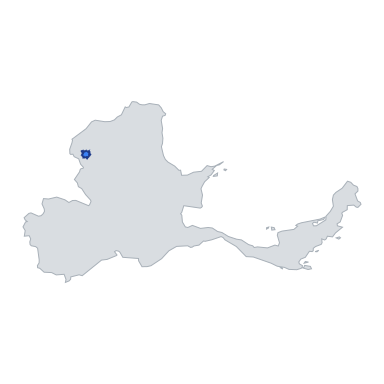 location of Ban Dung, Udon Thani, Thailand, rotated 270°
{"feature_id": "78962969B17101559907344", "entity_name": "Ban Dung", "entity_type": "district", "adm_level": 2, "iso_a3": "THA", "parent_name": "Thailand", "parent_adm1": "Udon Thani", "projection": "albers", "projection_center": [103.231, 17.709], "detail": "fine", "context": "in_parent", "style": "filled", "palette": "blue", "viewbox_px": 384, "rotation_deg": 270, "n_neighbors": 0, "source": "geoboundaries", "source_scale": "gbopen_adm2", "svg_char_len": 6200}
<svg xmlns="http://www.w3.org/2000/svg" viewBox="0 0 384 384"><g transform="rotate(270 192 192)"><path d="M162.1,25.6L162.4,27.2L164.2,25.1L166.3,24.1L170.6,28.9L171.1,31.0L167.8,38.5L168.3,41.1L170.3,43.2L172.7,44.5L175.2,44.2L180.1,42.0L185.4,43.5L185.0,48.6L186.9,56.7L184.2,64.9L181.5,68.9L183.5,72.5L183.6,75.8L178.3,88.6L179.3,89.6L182.5,91.0L183.9,90.6L189.4,85.6L195.4,81.7L197.3,78.4L201.1,77.4L204.5,74.4L212.2,79.6L214.3,80.1L215.3,81.0L215.7,83.1L216.6,83.5L219.8,80.6L225.2,78.7L227.3,74.2L229.8,72.9L229.6,70.7L230.3,69.9L234.7,69.7L241.3,72.0L243.7,72.5L244.8,72.0L255.3,86.1L262.1,91.5L263.8,95.2L262.3,104.8L262.5,110.2L264.1,114.4L267.0,117.3L269.2,121.4L277.1,125.2L276.5,126.3L277.0,128.9L282.0,131.8L282.4,132.8L281.9,136.6L279.7,139.6L279.2,142.0L279.2,145.0L280.5,149.4L279.1,158.7L276.1,161.3L272.3,163.2L270.2,165.7L268.6,165.1L267.8,162.5L263.6,161.2L255.4,162.6L251.3,162.0L245.8,162.9L240.5,162.5L237.3,161.4L228.4,163.5L224.6,165.3L221.9,168.0L217.9,174.7L213.7,178.9L213.8,180.6L208.7,181.6L208.9,187.4L211.8,193.6L212.7,201.5L218.4,207.1L217.3,211.0L217.9,214.8L222.4,223.6L219.2,219.4L218.5,216.6L214.7,212.2L213.5,214.3L209.1,211.1L207.2,207.8L206.5,209.2L202.2,204.6L197.7,202.1L195.2,201.0L188.9,202.5L181.0,201.2L177.9,202.4L176.6,201.6L175.9,200.2L178.3,183.8L171.5,181.7L170.3,180.6L168.8,181.8L162.0,182.4L157.1,185.3L156.5,187.8L158.6,192.4L155.6,200.5L156.5,208.1L156.0,212.3L152.5,217.6L151.5,221.9L147.5,228.4L144.8,236.6L144.1,241.4L139.4,248.6L138.2,252.7L136.5,254.2L137.1,257.5L136.1,267.5L138.9,274.9L138.0,278.2L141.2,279.5L148.8,277.3L151.4,278.0L152.9,282.0L154.6,293.9L157.8,297.6L158.6,295.8L160.0,297.7L161.2,301.3L164.9,320.0L166.9,324.9L164.5,323.7L163.2,317.8L161.0,317.5L161.8,313.8L160.5,312.5L158.2,313.5L158.2,316.4L164.1,325.8L167.9,326.1L172.6,330.3L177.8,333.4L184.4,332.4L188.9,333.4L191.6,335.9L195.8,342.2L202.8,347.5L201.7,350.8L198.9,353.4L197.5,356.9L195.5,357.9L192.9,357.9L190.1,355.0L183.1,357.6L181.5,360.3L179.7,361.0L176.6,357.9L176.9,356.2L178.9,353.8L178.4,347.3L174.3,347.2L171.6,342.3L170.7,341.8L168.6,342.6L162.1,340.2L160.2,337.1L158.2,337.4L156.8,342.5L151.1,335.5L147.1,332.5L147.8,327.4L145.1,326.2L144.0,324.7L145.1,321.7L141.3,322.1L139.6,321.2L137.5,315.6L135.7,313.3L133.2,313.2L132.4,312.1L132.7,309.4L126.7,305.3L124.9,300.8L122.1,298.8L120.2,299.3L118.3,302.5L117.0,302.2L115.7,301.3L114.3,296.8L114.6,289.0L116.6,284.5L117.8,277.2L120.8,271.1L127.0,253.3L127.4,246.2L137.5,236.3L144.2,224.9L146.4,223.2L147.4,221.1L144.2,211.7L142.7,205.2L143.0,203.5L138.9,199.0L138.0,193.9L136.9,192.3L136.6,190.6L138.2,187.7L137.6,176.6L133.2,168.9L125.3,161.6L118.3,151.0L117.4,147.2L117.3,142.0L123.2,138.6L125.5,138.5L126.7,122.8L131.8,119.9L132.8,118.7L133.4,116.1L132.3,114.5L129.0,117.0L128.4,116.4L124.6,107.1L123.9,101.5L108.3,82.2L109.2,79.1L107.1,70.8L104.7,70.6L103.1,69.1L101.6,65.4L104.6,66.0L109.7,64.1L109.1,56.2L111.4,51.7L111.8,44.1L115.7,39.8L116.3,37.6L118.4,37.4L121.1,39.1L124.0,39.2L135.8,37.6L137.4,35.6L138.2,31.4L139.4,30.1L142.1,29.8L145.1,30.7L148.3,29.2L147.8,24.3L153.4,25.2L157.1,23.0L162.1,25.6ZM118.6,304.6L117.6,310.4L115.2,311.5L114.5,308.1L116.1,302.7L116.7,303.9L118.6,304.6ZM156.9,271.3L156.4,274.1L154.3,275.0L153.9,271.8L156.9,271.3ZM208.5,213.6L211.0,217.6L208.1,217.3L207.6,213.3L208.5,213.6ZM146.2,340.5L144.9,338.8L146.1,336.2L147.1,339.4L146.2,340.5ZM122.5,305.3L121.9,308.5L120.8,304.1L122.5,305.3ZM157.0,268.8L155.9,268.4L154.9,266.5L156.3,266.6L157.0,268.8ZM132.4,315.1L133.7,318.8L132.2,317.0L132.4,315.1ZM215.0,224.2L214.6,226.6L213.3,225.6L214.1,223.9L215.0,224.2ZM116.4,281.9L114.9,282.8L116.2,280.6L116.4,281.9Z" fill="#d9dde1" stroke="#a8b0b8" stroke-width="1"/><path d="M233.0,81.5L232.8,81.5L232.7,81.5L232.7,82.0L232.6,82.3L232.4,82.2L232.2,82.2L232.3,82.4L232.1,82.5L231.9,82.6L231.6,82.8L231.5,82.7L231.5,83.0L231.3,83.3L231.2,83.4L230.9,83.3L230.7,83.2L230.7,83.3L230.4,83.2L229.9,82.8L229.9,82.6L229.9,82.4L229.7,82.3L229.6,82.1L229.3,81.9L229.3,82.0L229.1,82.1L228.9,82.2L228.9,82.3L228.6,82.2L228.6,82.3L228.4,82.4L228.2,82.3L228.1,82.5L227.9,82.6L227.9,82.8L227.8,83.0L227.7,83.3L227.7,83.6L227.5,83.8L227.3,83.8L227.1,83.6L226.9,83.6L227.0,83.5L226.9,83.4L227.0,83.4L226.9,83.3L226.8,83.5L226.7,83.5L226.8,83.6L226.7,83.7L226.8,83.8L226.7,83.9L226.6,84.0L226.5,84.3L226.4,84.4L226.4,84.5L226.5,84.5L226.8,84.6L226.8,84.8L226.9,85.1L226.7,85.2L226.7,85.3L226.6,85.5L226.8,85.6L226.7,85.6L226.5,85.8L226.6,86.0L226.7,86.3L226.5,86.5L226.5,86.8L226.4,86.8L226.3,86.7L226.2,86.8L226.3,86.8L226.2,86.9L226.3,86.9L226.2,86.9L226.3,87.0L226.2,87.0L226.3,87.1L226.2,87.2L226.3,87.2L226.2,87.3L226.3,87.4L226.2,87.4L226.1,87.5L226.3,87.7L226.5,87.7L226.4,87.7L226.3,87.8L226.5,88.0L226.5,87.9L226.6,88.0L226.8,88.0L226.8,87.9L226.9,88.0L227.1,87.9L227.1,88.0L227.3,88.2L227.3,88.3L227.4,88.5L227.5,88.7L227.6,88.8L227.7,89.0L227.9,89.0L228.1,89.0L228.6,88.9L228.6,89.0L228.7,88.9L228.8,88.9L229.0,88.9L229.0,89.0L229.0,89.7L229.0,89.8L229.0,90.0L229.2,90.3L229.6,90.4L229.7,90.5L229.8,90.4L229.9,90.2L230.0,90.1L229.9,89.9L229.7,89.8L229.7,89.7L229.9,89.5L230.0,89.6L230.3,89.6L230.5,89.6L230.9,89.5L231.0,89.5L231.3,89.6L231.4,89.4L231.5,89.2L231.4,89.1L231.5,89.1L231.4,89.0L231.5,89.0L231.7,88.9L231.8,88.8L231.8,88.7L231.9,88.8L232.0,88.7L232.0,88.8L232.2,89.0L232.2,88.9L232.2,89.0L232.3,88.9L232.3,89.0L232.3,88.9L232.3,88.7L232.5,88.6L232.8,88.6L233.0,88.7L232.9,88.5L233.0,88.5L232.9,88.5L232.9,88.4L232.8,88.2L232.7,88.1L232.8,88.0L232.8,87.9L232.8,87.7L232.8,87.4L232.8,87.2L233.0,86.9L232.9,86.8L232.9,86.7L232.8,86.4L232.9,86.2L232.9,85.9L232.9,85.7L232.9,85.8L232.9,85.7L233.0,85.7L232.9,85.6L233.0,85.5L233.0,85.4L232.9,85.5L232.9,85.4L233.0,85.4L232.8,84.9L232.7,84.9L232.7,85.0L232.7,84.9L232.6,85.0L232.4,85.0L232.3,84.7L232.2,84.4L232.1,84.2L232.3,84.1L232.2,84.1L232.3,84.1L232.2,83.9L232.3,83.8L232.3,83.7L232.2,83.6L232.3,83.6L232.3,83.4L232.4,83.5L232.5,83.4L232.6,83.2L232.4,83.1L232.5,82.9L232.8,83.0L232.7,83.2L232.8,83.2L232.8,82.9L233.0,83.1L233.3,83.0L233.2,82.9L232.9,82.8L232.7,82.7L232.8,82.6L233.0,82.5L232.9,82.4L232.9,82.1L233.0,82.1L233.1,81.9L233.0,81.7L233.0,81.5Z" fill="#3b82f6" stroke="#1e3a8a" stroke-width="1.5"/></g></svg>